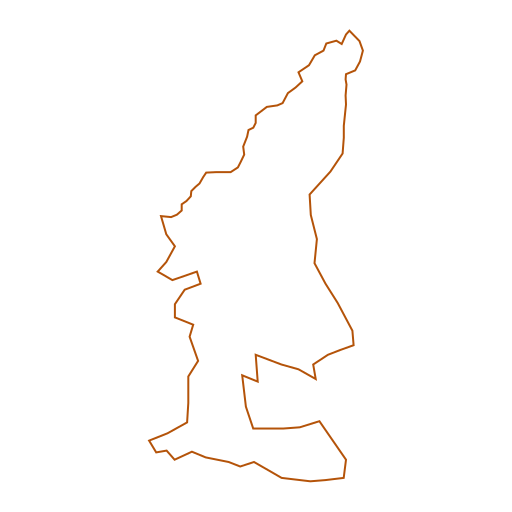 Kalapanagiotis, Nicosia, Cyprus (Robinson projection)
{"feature_id": "46923920B11517267441336", "entity_name": "Kalapanagiotis", "entity_type": "district", "adm_level": 2, "iso_a3": "CYP", "parent_name": "Cyprus", "parent_adm1": "Nicosia", "projection": "robinson", "projection_center": [32.834, 35.038], "detail": "fine", "context": "isolated", "style": "outline", "palette": "amber", "viewbox_px": 512, "rotation_deg": 0, "n_neighbors": 0, "source": "geoboundaries", "source_scale": "gbopen_adm2", "svg_char_len": 1412}
<svg xmlns="http://www.w3.org/2000/svg" viewBox="0 0 512 512"><path d="M349.4,30.7L346.0,34.5L341.7,44.0L336.4,40.7L326.3,43.5L323.5,50.6L314.8,55.3L313.0,58.4L309.0,65.2L298.5,72.3L302.3,81.3L295.6,87.5L287.9,93.1L282.6,103.1L277.3,105.4L266.8,106.9L255.7,115.4L255.7,122.9L253.3,127.7L248.5,130.0L247.1,136.7L243.2,146.6L244.2,154.6L240.8,161.7L237.9,167.4L230.7,172.1L216.8,172.1L206.2,172.6L203.3,176.9L199.5,183.5L195.6,186.8L191.3,191.1L190.8,196.3L186.5,201.0L181.7,204.3L181.7,210.5L176.9,214.7L171.1,217.1L161.0,216.1L166.3,234.3L174.9,246.3L166.3,262.0L157.7,271.6L172.4,280.1L196.9,271.6L200.6,283.7L184.7,289.7L174.9,304.2L174.9,317.4L193.2,324.7L189.6,336.7L198.1,360.9L188.3,376.5L188.3,403.1L187.1,422.4L167.5,433.3L149.1,440.6L156.2,452.4L166.6,450.6L174.6,459.7L191.9,451.7L205.7,457.4L228.7,462.0L240.2,466.5L254.0,462.0L281.6,477.9L310.3,481.3L325.3,480.1L343.7,477.9L346.0,459.7L319.4,421.2L299.8,427.3L283.8,428.5L269.2,428.5L253.2,428.5L245.9,406.7L242.2,375.3L257.7,381.6L255.7,354.8L281.4,364.5L298.5,369.3L315.7,379.0L313.2,364.5L327.9,354.8L340.2,350.0L353.6,345.2L352.4,330.7L337.7,303.0L325.5,283.7L314.5,263.2L316.9,239.1L310.8,215.0L309.6,194.5L320.6,182.4L330.4,171.6L342.6,153.5L343.8,137.8L343.8,125.8L346.0,104.5L345.6,95.5L346.5,84.6L345.6,79.4L346.0,74.2L355.2,70.4L360.0,61.5L361.6,55.5L362.9,50.6L359.5,41.1L349.4,30.7Z" fill="none" stroke="#b45309" stroke-width="2"/></svg>